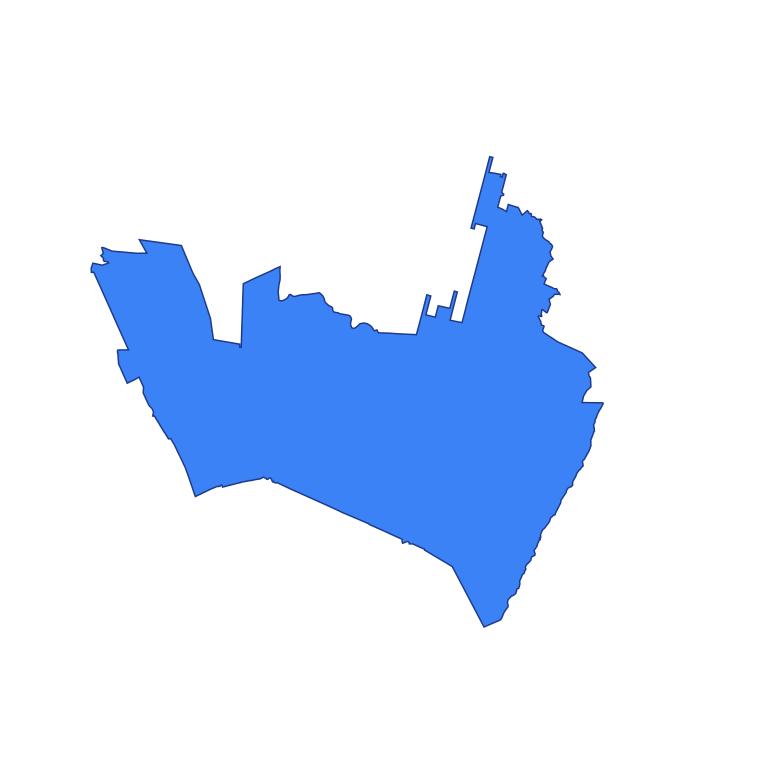 Juárez, Nuevo León, Mexico, rotated 239°
{"feature_id": "50627088B92214080906145", "entity_name": "Juárez", "entity_type": "district", "adm_level": 2, "iso_a3": "MEX", "parent_name": "Mexico", "parent_adm1": "Nuevo León", "projection": "albers", "projection_center": [-100.116, 25.608], "detail": "fine", "context": "isolated", "style": "filled", "palette": "blue", "viewbox_px": 768, "rotation_deg": 239, "n_neighbors": 0, "source": "geoboundaries", "source_scale": "gbopen_adm2", "svg_char_len": 6135}
<svg xmlns="http://www.w3.org/2000/svg" viewBox="0 0 768 768"><g transform="rotate(239 384 384)"><path d="M404.5,168.6L384.7,164.3L383.1,181.8L382.8,183.7L382.2,188.0L381.7,188.7L380.8,190.7L381.3,192.0L381.0,192.6L380.8,192.8L380.5,193.0L378.8,192.5L374.8,205.9L373.4,210.2L373.6,210.3L370.1,219.9L369.9,219.8L368.2,224.7L368.0,225.3L366.5,228.9L366.3,230.6L366.4,232.3L365.6,233.2L364.4,233.8L364.1,234.2L363.0,234.3L362.3,234.9L362.2,235.5L362.5,236.8L362.1,237.9L361.8,238.3L360.0,238.4L359.2,238.3L358.8,238.1L357.2,238.3L357.4,239.2L355.9,239.3L354.7,240.6L354.6,241.5L342.9,249.3L321.8,264.0L317.2,267.2L304.5,276.0L298.7,279.9L295.9,281.7L291.8,284.7L272.1,298.9L271.2,299.0L265.7,302.9L263.0,304.7L262.9,304.9L262.3,305.3L250.0,313.7L241.4,319.7L240.5,318.9L239.6,318.3L237.9,317.9L237.0,322.7L236.6,323.5L234.9,323.9L234.0,323.3L232.0,326.4L225.2,331.0L221.6,333.7L220.9,333.2L192.3,348.5L124.2,344.6L121.8,362.5L122.9,364.6L126.1,368.8L127.6,371.8L129.1,375.5L130.1,376.2L133.0,377.2L135.3,379.4L136.5,383.8L136.2,386.4L136.6,389.0L138.6,391.3L140.0,392.4L140.0,392.8L139.5,393.8L139.6,394.4L142.6,397.5L145.3,398.8L146.7,401.0L149.4,404.5L149.6,406.7L150.8,407.9L151.4,408.1L151.3,408.6L151.9,409.9L152.4,410.3L154.1,410.8L155.5,412.5L156.8,417.7L157.4,419.2L158.9,420.5L159.5,421.1L159.7,421.8L159.5,424.9L159.8,425.4L160.8,426.1L163.6,426.7L164.4,427.4L164.9,428.9L165.5,430.3L166.1,431.4L167.2,432.7L168.1,433.4L168.9,434.9L169.9,436.2L170.1,436.7L170.1,437.7L170.6,438.1L171.3,438.0L171.7,437.8L172.0,437.8L171.8,439.2L172.4,439.7L174.4,440.6L177.3,444.8L177.7,447.4L180.9,455.1L183.0,457.2L183.4,457.8L183.9,460.5L184.2,461.6L183.8,463.4L184.7,464.0L191.1,474.2L193.2,475.8L197.3,484.4L198.7,485.6L199.7,487.4L199.9,488.0L200.0,489.7L199.6,491.0L199.5,491.8L200.2,493.7L201.6,494.4L202.5,495.0L203.2,495.6L205.9,500.5L206.9,501.8L208.3,503.6L209.6,506.8L209.9,508.9L210.5,509.6L210.9,510.8L211.2,512.5L214.8,514.0L215.4,514.3L215.9,514.9L216.2,515.6L216.1,516.6L221.0,525.2L224.5,529.6L226.0,530.4L229.3,532.3L234.9,539.3L235.3,540.2L236.0,540.4L237.8,541.4L240.9,542.5L242.4,544.9L243.5,545.9L244.1,546.1L245.0,547.1L245.5,548.2L246.9,550.0L247.6,550.6L249.9,554.1L252.1,558.3L254.3,561.8L255.2,561.8L266.1,544.2L270.9,548.9L274.0,554.6L275.0,559.9L282.3,563.8L283.5,564.1L284.4,564.1L285.3,563.9L288.6,565.2L289.1,573.9L308.6,569.9L330.5,554.7L345.6,547.5L346.8,547.3L347.8,547.3L351.0,550.9L351.6,550.9L352.9,549.8L353.3,549.3L356.4,550.2L357.1,550.7L357.7,550.6L358.5,550.7L359.4,550.5L360.7,551.0L362.4,550.9L362.6,551.0L362.6,551.3L362.1,552.8L361.3,553.1L361.1,553.3L360.8,553.8L360.9,554.2L361.5,554.4L362.8,554.7L366.5,557.7L366.4,557.9L366.2,558.1L361.5,560.0L361.2,560.3L361.2,560.8L366.5,567.6L371.9,569.2L371.8,570.4L371.6,570.9L371.9,572.2L371.9,573.8L372.0,574.1L373.1,576.2L371.6,578.8L371.1,579.9L370.1,580.9L370.8,581.1L372.3,581.1L373.6,580.8L374.2,580.5L375.9,581.1L376.9,580.9L377.8,579.1L381.7,576.8L382.2,576.2L387.2,572.8L387.4,572.8L388.5,574.3L389.5,575.4L390.6,577.3L393.6,576.3L394.6,576.5L395.1,575.5L396.0,576.8L397.9,580.5L398.3,581.0L399.4,582.0L403.4,588.0L403.6,588.5L403.9,590.8L403.9,592.8L404.0,593.3L407.4,593.0L408.3,593.1L409.7,593.7L411.4,594.1L413.0,596.5L413.2,597.0L413.4,597.3L413.6,597.3L413.8,597.5L414.0,598.1L414.7,599.0L415.3,599.4L417.3,599.4L418.6,599.0L419.5,598.6L421.1,598.6L424.1,597.0L425.5,596.4L428.5,595.8L428.8,595.9L429.2,596.0L429.8,596.4L431.9,598.6L434.7,598.8L435.3,599.1L435.5,599.8L435.7,600.1L443.7,601.4L443.2,602.2L443.5,603.7L444.9,603.0L444.7,602.2L445.1,601.7L445.6,601.5L446.6,599.6L448.3,599.6L450.3,598.6L451.3,596.9L451.7,596.7L452.1,596.8L453.1,597.5L453.9,597.9L454.5,597.6L454.9,597.0L455.0,596.4L458.7,596.3L458.8,596.2L458.2,592.9L457.7,589.4L465.0,589.9L466.5,589.8L467.3,588.7L473.9,583.0L468.7,577.8L472.3,575.9L475.6,573.6L476.9,572.5L485.0,580.8L484.3,583.5L484.4,583.9L484.7,584.2L485.2,584.3L485.6,584.2L487.6,583.5L500.4,596.6L503.0,595.2L502.9,594.2L500.4,591.8L501.9,590.5L503.4,592.1L507.5,587.6L511.3,582.9L522.1,594.0L524.4,591.7L510.5,577.6L472.8,538.9L470.5,541.1L474.4,545.1L465.7,553.5L409.8,496.0L406.8,493.1L396.4,482.5L404.6,473.5L425.1,494.2L427.4,492.1L415.0,479.4L423.1,470.8L414.9,462.4L421.7,455.5L435.3,469.4L438.4,466.7L424.6,452.7L409.6,437.2L420.4,421.0L424.8,414.8L430.7,405.6L434.0,405.8L434.6,403.0L439.5,402.9L440.9,402.4L442.1,401.9L444.1,400.8L445.6,399.4L446.4,398.4L447.0,397.3L448.0,394.6L447.9,393.6L447.2,390.9L447.0,389.5L446.9,388.3L447.1,387.2L447.4,386.6L448.1,385.8L448.5,385.5L449.5,385.4L451.3,385.7L452.4,386.0L454.6,387.8L456.3,389.5L457.3,389.8L458.7,390.0L459.3,390.0L460.0,389.7L461.0,389.2L465.3,384.3L466.0,383.3L467.1,382.3L468.8,381.2L469.9,379.8L471.2,378.4L471.5,378.2L471.9,378.0L473.0,378.0L474.1,378.3L475.3,378.9L475.7,379.0L476.2,379.0L476.8,378.9L477.8,378.3L479.0,377.5L480.1,376.9L483.4,375.9L484.6,375.7L485.3,375.9L488.3,376.7L491.0,376.9L494.0,376.2L495.7,375.4L496.0,374.9L496.2,373.7L500.6,363.4L502.9,359.3L503.5,357.7L504.7,353.6L505.1,352.3L505.9,351.5L506.8,350.8L508.1,350.4L508.7,350.1L509.1,349.6L509.3,348.7L508.3,347.1L507.6,345.6L507.4,344.4L507.4,341.7L507.7,339.8L508.0,339.3L508.9,337.9L509.7,337.3L510.3,337.1L512.0,338.2L517.1,340.5L523.1,345.0L526.9,348.6L530.9,351.1L532.8,352.0L535.1,353.3L538.1,355.4L538.7,351.0L539.4,342.9L541.1,328.9L542.4,315.0L489.0,280.5L490.0,279.2L492.5,280.8L509.9,260.6L529.6,269.0L564.2,276.9L577.5,277.3L607.1,281.6L633.7,248.6L618.3,248.1L623.2,239.7L637.9,219.4L645.7,213.5L646.2,212.3L640.4,210.6L639.9,207.4L636.0,208.3L634.9,207.3L633.3,207.3L630.8,210.5L629.5,210.3L631.0,203.6L637.5,196.7L634.1,192.7L630.4,190.6L629.3,192.8L586.1,187.6L573.6,186.0L544.8,182.6L550.2,173.5L549.8,172.8L548.7,171.9L547.4,171.7L538.0,166.9L516.9,164.3L516.2,173.0L516.0,177.6L505.6,176.3L505.0,176.2L500.6,173.1L500.3,173.0L491.9,172.0L486.6,171.5L482.3,172.5L478.7,172.0L475.8,169.4L475.7,169.9L475.1,170.0L474.8,170.2L474.7,170.7L455.5,170.8L455.4,171.0L448.0,171.0L447.7,171.3L447.4,172.8L447.0,173.0L439.5,173.0L431.0,172.1L425.5,171.7L414.8,170.6L404.5,168.6Z" fill="#3b82f6" stroke="#1e3a8a" stroke-width="1.5"/></g></svg>